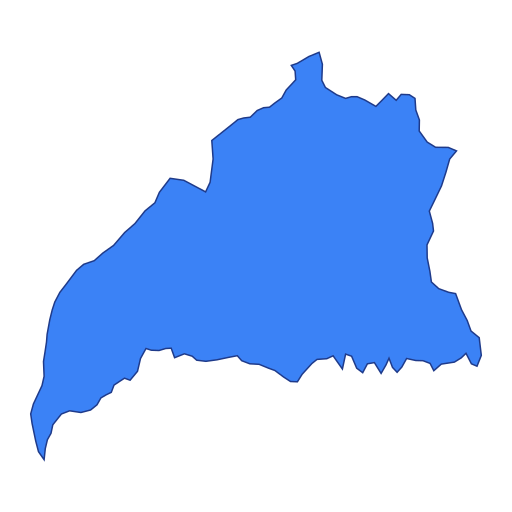 the district of Nova América, Goiás, Brazil
{"feature_id": "56859067B62572535980819", "entity_name": "Nova América", "entity_type": "district", "adm_level": 2, "iso_a3": "BRA", "parent_name": "Brazil", "parent_adm1": "Goiás", "projection": "equal_earth", "projection_center": [-49.939, -15.045], "detail": "fine", "context": "isolated", "style": "filled", "palette": "blue", "viewbox_px": 512, "rotation_deg": 0, "n_neighbors": 0, "source": "geoboundaries", "source_scale": "gbopen_adm2", "svg_char_len": 2026}
<svg xmlns="http://www.w3.org/2000/svg" viewBox="0 0 512 512"><path d="M44.1,459.7L45.3,448.5L47.4,439.7L51.0,433.3L52.8,424.8L57.0,419.5L61.4,414.0L69.6,410.8L80.9,412.5L90.6,410.0L97.0,404.8L100.9,397.9L106.2,394.8L111.3,392.3L114.0,385.1L119.4,381.5L124.5,378.2L130.1,380.2L137.5,371.3L140.5,358.5L146.0,348.5L151.3,350.2L159.0,350.5L165.7,348.5L171.2,348.2L174.6,357.7L184.4,353.8L192.2,356.2L196.7,360.2L205.9,361.3L217.0,359.8L228.4,357.4L237.3,355.7L241.7,360.7L249.8,363.8L259.1,364.3L268.6,368.2L274.9,370.5L283.6,377.0L290.5,381.5L297.4,381.8L302.1,374.3L306.9,369.0L311.9,363.5L317.0,359.4L326.8,358.7L333.1,355.8L342.4,369.0L345.6,354.1L351.6,356.2L356.7,368.2L362.7,372.7L367.4,363.8L374.4,362.6L381.1,373.4L386.0,364.9L389.0,358.2L392.5,367.4L397.1,372.3L401.8,367.1L406.6,358.5L415.8,360.5L423.0,360.7L430.1,363.4L433.8,370.7L441.3,364.1L454.4,362.1L461.2,357.9L466.0,353.3L471.4,363.8L477.0,366.2L481.3,355.4L479.2,337.7L471.0,331.0L467.2,320.5L461.5,309.7L455.6,293.6L448.7,292.3L438.8,288.7L431.4,282.0L429.9,271.4L427.2,257.9L427.0,244.9L433.5,231.0L432.6,223.3L429.3,211.1L433.8,201.9L441.5,185.9L445.9,172.3L449.7,159.0L456.5,150.9L448.2,147.4L435.6,147.3L427.2,142.1L419.2,131.0L419.4,120.0L415.8,110.0L415.0,98.4L409.3,94.7L401.2,94.4L396.2,100.3L388.5,93.6L381.8,100.5L375.9,106.4L364.8,100.0L357.1,96.7L351.4,96.7L345.6,98.4L336.7,94.8L325.4,87.5L321.8,80.3L322.4,64.3L319.1,52.3L308.9,56.5L297.2,63.4L291.3,65.4L295.1,71.1L295.7,79.8L286.2,90.0L281.8,98.0L274.7,103.1L269.5,107.2L263.6,107.7L257.2,110.5L250.3,117.2L243.6,118.0L237.9,119.6L232.0,124.4L211.8,140.5L213.1,159.0L210.1,182.3L205.6,191.9L183.8,180.3L170.1,178.3L159.4,192.3L154.9,202.8L145.1,210.8L134.9,223.6L124.7,232.5L120.5,237.4L113.6,245.4L102.9,253.0L94.2,260.7L83.7,264.3L76.6,270.3L65.8,284.7L59.9,292.3L54.8,302.0L52.2,310.0L49.8,319.7L47.1,334.4L46.5,342.1L45.0,352.1L43.5,361.5L44.1,376.3L42.0,385.6L33.4,404.0L30.7,413.9L32.1,423.6L35.7,440.9L38.5,451.7L44.1,459.7Z" fill="#3b82f6" stroke="#1e3a8a" stroke-width="1.5"/></svg>